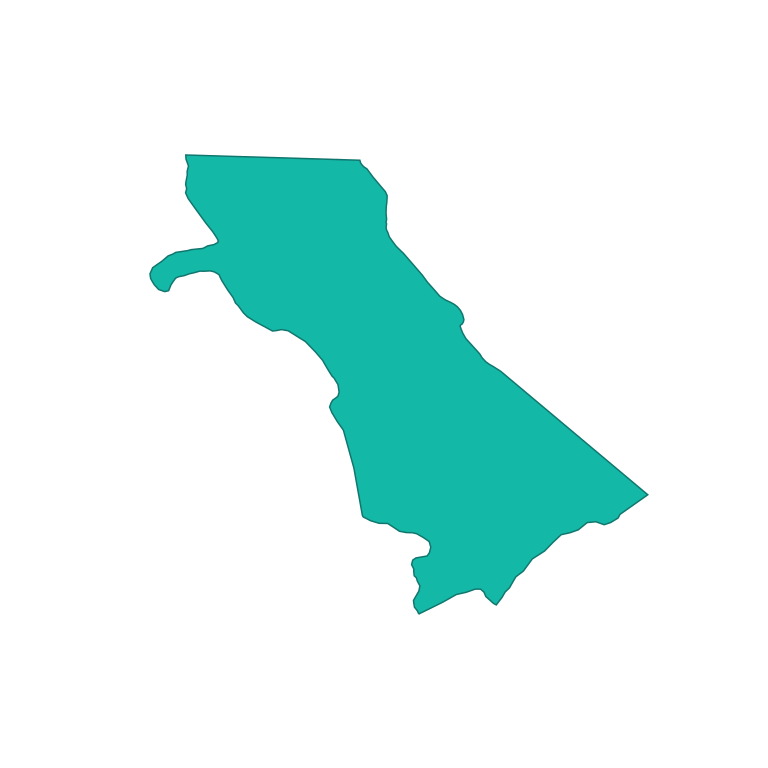 Tete Morne, Choiseul, Saint Lucia (Equal Earth projection), rotated 299°
{"feature_id": "8701671B29380756423502", "entity_name": "Tete Morne", "entity_type": "district", "adm_level": 2, "iso_a3": "LCA", "parent_name": "Saint Lucia", "parent_adm1": "Choiseul", "projection": "equal_earth", "projection_center": [-61.034, 13.762], "detail": "fine", "context": "isolated", "style": "filled", "palette": "teal", "viewbox_px": 768, "rotation_deg": 299, "n_neighbors": 0, "source": "geoboundaries", "source_scale": "gbopen_adm2", "svg_char_len": 2546}
<svg xmlns="http://www.w3.org/2000/svg" viewBox="0 0 768 768"><g transform="rotate(299 384 384)"><path d="M200.1,525.4L200.0,526.2L201.1,526.9L221.4,541.0L234.9,549.3L241.7,556.9L248.9,563.3L251.4,567.9L250.4,572.4L247.5,576.1L245.2,586.0L245.2,589.3L254.7,590.7L260.7,590.8L266.6,592.6L271.1,592.6L279.3,592.8L288.0,596.6L302.9,598.5L315.7,605.4L327.1,608.5L338.1,612.0L344.0,618.7L350.6,624.6L361.3,628.9L366.2,636.0L367.7,644.8L372.7,649.4L380.3,653.7L384.4,653.6L414.4,668.1L415.0,668.4L451.7,479.8L452.2,471.5L452.3,466.5L452.8,462.3L454.4,457.3L456.7,453.2L457.4,451.2L463.4,433.6L466.6,428.3L469.6,424.6L471.7,422.4L473.2,422.6L474.4,423.3L476.8,423.3L479.0,422.7L482.9,419.0L485.5,415.0L487.1,410.7L487.7,407.0L487.7,402.6L487.3,397.2L487.5,393.9L487.9,390.0L490.1,384.1L494.1,372.7L495.8,369.0L497.8,364.7L507.8,337.4L508.3,335.3L510.3,328.1L512.5,323.1L515.2,317.4L518.5,313.7L520.0,311.5L521.8,310.0L525.5,308.5L526.2,307.4L529.2,306.5L534.3,303.0L540.2,300.0L543.0,298.9L544.2,298.4L547.8,296.7L550.3,295.4L552.9,291.9L554.9,286.5L559.6,274.2L563.9,264.7L564.1,261.6L564.7,259.2L566.0,256.4L568.0,254.4L488.2,99.6L484.6,101.9L479.9,107.3L474.4,108.8L471.2,110.7L464.7,112.8L462.2,113.9L459.2,116.7L455.0,117.8L451.2,122.9L445.9,134.0L438.4,150.1L434.2,160.3L430.7,167.0L429.0,169.5L427.1,170.0L423.4,167.6L419.4,162.9L414.8,159.9L413.0,157.3L408.1,150.3L405.4,147.5L398.2,138.1L396.1,136.8L395.6,136.6L391.4,133.1L383.4,130.1L379.0,127.9L373.6,125.3L366.9,125.9L365.3,127.1L363.1,128.8L361.3,131.7L359.4,135.1L357.4,141.1L358.5,147.5L361.2,150.4L367.5,149.6L372.1,150.0L375.7,150.5L378.2,152.3L381.9,156.7L386.0,160.3L389.1,163.8L393.5,168.3L395.2,171.6L398.7,177.2L399.8,181.2L399.7,186.6L397.4,189.7L395.6,192.4L390.3,202.0L386.4,210.2L382.8,214.9L382.0,218.0L380.4,221.6L378.1,226.5L376.6,231.8L376.1,241.5L376.3,260.8L378.4,263.8L381.9,268.0L384.1,274.4L383.8,279.1L383.0,294.7L381.2,300.6L378.7,308.8L374.9,318.9L373.1,321.8L368.8,329.1L365.7,334.7L365.0,337.4L361.2,344.0L355.1,348.7L351.1,349.6L349.1,348.9L344.9,346.9L341.6,346.9L337.5,347.6L333.7,352.3L328.3,361.7L324.0,370.8L295.9,398.4L258.7,428.7L257.7,430.2L257.9,438.5L259.8,447.3L263.8,454.8L263.4,460.6L262.7,468.9L264.9,475.6L267.7,481.0L268.9,485.2L268.8,492.8L268.1,499.9L264.0,504.0L258.6,505.5L254.5,505.1L251.1,500.9L247.3,496.2L243.9,494.5L239.4,495.7L236.6,499.8L234.3,501.0L230.9,503.4L230.2,506.3L227.7,508.8L224.8,513.3L219.7,514.9L209.0,514.7L206.8,516.3L203.6,518.8L201.7,523.3L200.1,525.4Z" fill="#14b8a6" stroke="#0f766e" stroke-width="1.5"/></g></svg>